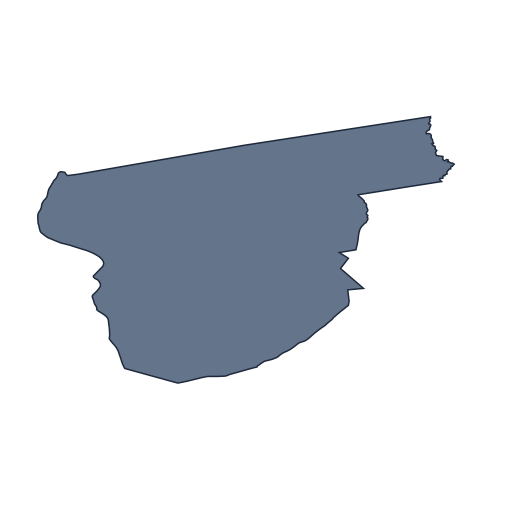 Chum Kiri, Kâmpôt, Cambodia, rotated 81°
{"feature_id": "14789045B68575836208797", "entity_name": "Chum Kiri", "entity_type": "district", "adm_level": 2, "iso_a3": "KHM", "parent_name": "Cambodia", "parent_adm1": "Kâmpôt", "projection": "natural_earth1", "projection_center": [104.434, 10.999], "detail": "fine", "context": "isolated", "style": "filled", "palette": "slate", "viewbox_px": 512, "rotation_deg": 81, "n_neighbors": 0, "source": "geoboundaries", "source_scale": "gbopen_adm2", "svg_char_len": 3640}
<svg xmlns="http://www.w3.org/2000/svg" viewBox="0 0 512 512"><g transform="rotate(81 256 256)"><path d="M195.0,47.3L194.6,49.1L193.5,50.2L192.9,52.0L192.3,51.3L191.3,51.1L190.5,52.5L191.5,54.8L191.0,55.5L189.5,56.5L188.2,56.0L187.0,55.8L186.5,57.1L186.2,58.6L185.7,59.9L185.2,61.4L184.8,62.1L183.4,62.3L181.7,62.6L181.1,61.9L180.1,60.9L179.4,61.5L178.7,62.2L177.5,62.0L176.4,61.9L175.4,62.3L174.9,63.6L173.9,64.0L172.8,64.8L172.8,63.7L172.4,62.9L171.8,63.1L170.5,63.6L168.6,63.5L166.6,64.6L164.5,64.0L163.0,64.5L161.9,66.3L162.1,68.3L161.3,68.7L160.5,68.7L159.6,67.7L159.1,67.3L158.9,66.3L158.4,64.9L156.8,64.6L155.6,63.7L154.8,63.1L153.9,62.9L153.2,63.1L152.5,64.8L151.4,64.2L150.3,63.1L149.1,63.0L147.8,63.1L146.9,61.8L146.2,62.1L145.6,61.9L144.8,250.6L146.0,327.4L146.9,384.7L147.4,418.7L147.1,429.4L146.1,430.5L143.4,431.8L143.1,432.8L142.8,433.6L142.2,435.3L142.3,436.2L142.7,437.5L143.6,438.5L145.8,439.6L147.4,440.7L148.9,442.4L149.9,443.9L152.0,445.5L153.1,446.5L154.4,447.4L156.3,449.1L157.6,450.2L159.7,451.2L164.5,453.0L166.3,454.6L167.5,456.2L168.8,457.6L170.8,459.2L174.8,460.6L177.4,462.3L178.2,463.2L179.2,464.0L181.4,465.1L183.3,465.4L186.3,465.8L190.0,466.1L192.3,465.6L194.3,465.7L195.4,465.5L198.0,465.2L199.5,464.4L200.4,463.5L202.4,461.7L203.8,460.3L204.5,459.6L205.1,459.0L206.1,457.4L207.8,454.6L209.7,451.5L212.6,446.7L214.3,442.6L216.3,438.0L218.2,434.3L220.2,430.3L222.3,426.1L224.0,422.5L226.2,418.8L228.2,415.8L230.3,413.1L232.7,410.5L235.0,408.9L236.9,407.9L238.0,407.6L239.4,407.5L240.6,408.0L242.2,408.9L243.3,410.4L245.2,412.9L247.4,415.8L249.1,418.1L250.4,419.8L251.2,419.9L253.0,418.6L254.7,416.2L256.4,415.0L258.0,414.5L258.7,414.2L259.8,414.1L261.7,414.5L264.3,417.0L265.8,418.8L267.3,420.8L268.8,423.0L269.7,423.9L271.1,424.1L273.3,423.6L275.5,423.3L278.0,423.0L280.2,422.0L281.1,421.5L282.5,421.5L284.2,421.6L285.4,420.7L287.5,418.2L289.7,415.8L291.7,413.8L294.0,412.3L295.8,411.9L297.4,411.9L300.3,412.1L303.0,412.1L305.6,412.3L306.8,412.4L307.7,412.5L309.7,412.7L312.1,413.1L314.6,413.9L316.7,413.0L317.4,412.6L319.9,411.1L322.1,409.6L325.0,408.1L328.2,407.0L331.8,406.4L336.1,405.6L338.4,405.3L341.4,404.8L344.1,404.0L345.9,403.5L346.6,403.1L353.3,388.4L369.0,353.8L369.2,353.0L369.3,352.2L369.2,350.6L368.9,343.9L367.6,328.5L367.4,323.5L367.7,320.5L368.9,313.1L369.8,305.2L369.6,303.4L368.9,300.5L368.5,297.0L367.6,289.4L366.6,281.2L365.9,274.2L365.8,272.4L364.9,271.9L363.9,269.7L362.6,267.2L361.3,264.1L360.7,257.5L360.6,256.4L359.5,251.4L358.8,249.8L357.7,248.1L356.5,245.8L355.5,243.1L354.9,240.5L353.8,237.2L352.5,234.4L350.7,231.0L349.2,228.4L348.2,225.9L347.9,222.8L347.2,220.1L345.7,217.0L343.1,213.0L341.2,210.0L339.2,206.4L338.6,205.2L337.1,202.3L335.5,198.8L333.6,196.0L332.0,193.3L330.7,191.1L329.7,189.8L329.1,189.4L324.9,182.6L319.2,172.5L315.2,171.1L303.8,170.7L304.8,154.9L281.6,174.5L272.7,165.1L265.6,173.2L265.5,156.3L263.9,155.7L260.8,154.4L256.4,152.8L252.2,151.7L248.9,150.6L245.8,149.1L243.5,147.2L241.0,143.9L240.5,143.0L240.2,142.1L239.6,141.5L238.7,141.1L238.1,140.3L237.4,139.9L236.0,139.6L235.3,140.3L234.2,139.6L233.4,139.2L232.9,139.6L232.1,140.4L230.6,140.2L229.8,139.5L228.7,138.5L227.9,138.4L226.2,138.7L224.9,139.2L224.2,139.3L223.2,138.8L221.4,139.2L219.8,140.7L218.7,140.5L217.5,141.2L215.4,142.7L213.4,144.6L212.4,145.3L211.5,145.6L211.4,98.5L211.5,61.1L210.3,62.1L208.8,62.7L208.2,62.0L208.2,61.1L208.5,60.2L208.2,59.1L207.3,59.3L205.8,58.3L206.3,57.0L205.2,56.4L205.1,55.5L204.8,54.4L202.9,54.4L201.8,53.2L200.3,51.4L200.4,50.1L199.4,49.9L198.0,49.2L198.2,48.1L197.2,47.1L196.3,45.9L195.0,47.3Z" fill="#64748b" stroke="#1e293b" stroke-width="1.5"/></g></svg>